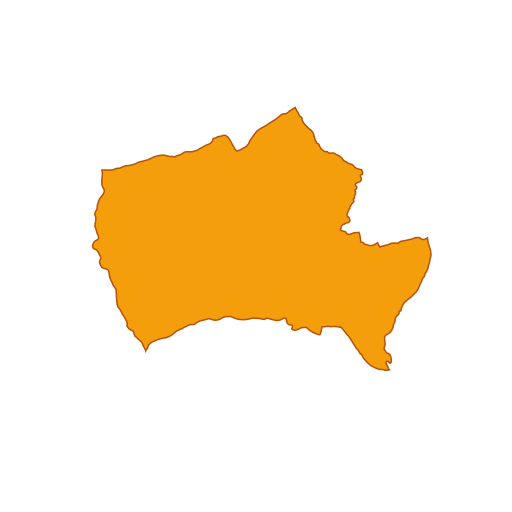 Tópaga, Boyacá, Colombia, rotated 217°
{"feature_id": "7082276B68599110832879", "entity_name": "Tópaga", "entity_type": "district", "adm_level": 2, "iso_a3": "COL", "parent_name": "Colombia", "parent_adm1": "Boyacá", "projection": "natural_earth1", "projection_center": [-72.847, 5.767], "detail": "fine", "context": "isolated", "style": "filled", "palette": "amber", "viewbox_px": 512, "rotation_deg": 217, "n_neighbors": 0, "source": "geoboundaries", "source_scale": "gbopen_adm2", "svg_char_len": 6139}
<svg xmlns="http://www.w3.org/2000/svg" viewBox="0 0 512 512"><g transform="rotate(217 256 256)"><path d="M113.7,240.6L113.4,241.0L112.3,240.8L111.6,240.6L109.9,239.6L108.9,239.2L103.2,237.9L98.8,237.6L97.0,237.8L92.7,238.6L89.0,239.8L87.7,240.8L85.4,242.2L83.9,242.6L81.7,244.4L81.9,244.8L81.1,245.3L82.4,245.9L88.0,249.0L88.2,249.6L88.1,250.7L87.4,251.3L86.3,251.3L84.6,250.9L84.3,251.0L84.1,251.4L84.1,252.3L84.5,253.2L84.9,253.9L86.8,255.9L89.3,257.7L89.7,257.9L91.6,257.9L93.1,257.2L93.8,257.2L95.0,257.8L97.5,258.7L98.3,259.7L99.5,262.9L100.5,263.9L101.3,265.0L102.3,265.9L104.1,268.1L104.5,269.0L104.7,269.5L104.6,271.1L104.4,271.9L103.0,274.9L102.9,275.7L102.9,278.3L103.7,281.8L104.9,284.2L105.5,286.8L106.1,288.1L106.7,288.8L107.4,290.9L107.4,293.3L107.3,294.2L107.0,294.9L107.5,296.7L108.4,297.7L108.4,298.1L108.2,298.8L107.7,299.1L107.4,299.1L107.3,299.4L108.7,302.5L109.4,306.0L109.4,308.4L108.5,313.1L107.7,315.3L106.9,320.5L106.5,323.8L106.5,326.7L108.0,332.5L108.5,335.2L109.3,337.7L109.5,338.9L109.3,340.8L109.7,342.3L110.5,344.1L110.4,346.3L110.7,347.7L111.8,350.9L112.7,352.6L113.1,353.9L114.2,356.6L115.3,358.5L115.9,360.3L116.9,362.2L120.1,365.7L124.9,369.0L127.1,370.7L130.0,373.7L131.5,370.4L133.5,369.2L134.4,369.0L135.4,369.2L137.2,368.7L137.8,368.3L139.9,366.3L141.7,363.4L146.7,357.5L149.0,355.1L149.3,354.6L150.3,351.8L150.7,351.3L153.4,349.6L155.4,347.8L157.4,344.4L161.1,339.8L162.5,337.6L166.9,339.7L168.3,336.2L169.7,334.3L170.7,333.3L172.1,332.5L175.6,331.2L176.8,330.8L178.0,331.1L178.8,331.1L180.4,330.2L181.2,330.6L182.0,331.7L185.5,335.0L187.2,336.3L188.1,336.8L189.0,335.8L191.0,334.3L192.0,333.1L192.9,331.5L194.6,329.3L195.1,328.9L195.4,328.8L195.6,328.9L196.5,328.5L197.1,328.4L198.4,329.0L199.1,329.2L200.3,328.9L202.1,327.8L203.0,327.8L204.1,327.4L205.5,330.5L205.7,331.3L205.6,332.8L205.4,333.5L204.8,334.3L204.1,336.1L202.2,338.7L202.0,339.5L202.0,340.1L202.8,341.2L204.8,342.7L206.2,342.8L207.2,342.6L207.9,343.3L208.4,344.1L209.6,348.4L209.7,350.2L210.5,351.6L210.6,352.3L210.8,355.4L210.6,357.9L210.8,358.6L211.2,359.1L212.4,359.8L212.5,360.2L212.3,361.4L213.3,363.2L214.4,366.3L215.0,367.2L216.3,367.8L216.6,368.2L216.6,368.6L216.2,369.8L216.5,371.0L217.4,371.9L219.5,372.6L219.9,373.0L219.9,374.4L219.5,374.8L218.5,376.8L217.6,378.2L217.5,379.1L217.7,380.0L218.6,381.3L220.5,382.5L221.2,383.2L221.0,383.8L220.3,384.9L220.6,386.2L220.9,386.8L222.4,387.5L223.2,388.4L223.6,388.5L226.0,387.3L228.4,386.5L230.3,386.3L231.6,386.5L233.2,386.9L235.2,386.6L238.7,385.4L240.4,385.6L242.7,385.0L243.5,385.0L246.4,385.9L248.6,386.0L249.9,386.0L253.0,385.3L254.9,385.2L255.8,385.0L256.4,384.7L258.9,382.5L259.9,382.2L262.1,382.1L264.1,380.7L265.0,380.6L268.3,380.8L271.6,382.0L272.7,382.9L273.2,383.0L274.4,383.1L275.2,382.7L275.9,382.7L276.1,382.8L276.5,383.5L276.9,383.7L277.8,383.7L284.4,388.7L288.1,389.7L288.8,389.6L290.4,389.6L295.4,390.3L297.6,390.8L300.8,392.1L301.6,392.8L302.2,393.8L302.9,394.1L304.6,394.0L305.9,394.3L308.5,395.7L311.0,396.6L314.1,398.2L316.5,391.9L316.9,389.8L317.4,388.4L317.9,387.5L319.6,386.2L320.3,385.1L321.1,383.3L321.5,381.0L322.5,377.2L324.9,371.0L326.6,366.0L329.2,360.3L330.4,356.8L330.5,352.8L330.4,345.0L329.5,341.1L329.6,337.8L332.6,330.9L334.5,328.4L336.0,328.4L339.4,329.7L344.9,332.2L349.6,334.0L352.6,334.0L353.7,333.5L354.8,332.6L355.9,330.8L358.2,328.4L359.1,326.3L360.8,324.1L360.8,323.7L360.0,321.4L360.1,318.6L360.8,317.2L362.1,315.3L365.1,308.8L366.7,304.7L368.0,303.2L369.1,301.6L370.6,300.1L373.9,297.7L375.8,295.7L377.0,292.1L378.2,290.1L379.9,287.9L380.2,287.4L380.3,286.6L381.1,286.0L383.7,284.6L384.1,284.0L385.4,283.2L390.2,281.2L391.4,280.3L394.1,277.7L396.5,274.6L397.3,273.4L400.1,267.9L406.1,260.4L407.7,257.0L409.5,254.7L412.2,251.5L414.3,249.8L415.1,248.4L415.7,247.8L417.3,244.7L417.9,243.9L419.0,243.1L420.7,241.3L421.6,239.4L422.4,238.5L424.2,236.8L430.9,231.9L428.6,229.8L427.0,227.5L425.1,224.2L422.3,220.5L421.2,219.5L417.3,217.6L416.1,216.5L415.6,215.3L415.3,213.8L415.3,207.4L414.9,205.4L414.2,203.8L413.4,201.4L411.2,197.7L411.0,196.7L411.0,195.4L410.6,193.9L409.8,192.1L407.5,190.7L406.7,190.0L405.7,188.5L403.2,183.7L402.4,182.6L400.2,181.4L399.4,180.6L395.9,178.1L394.5,177.5L393.3,176.6L392.3,174.9L392.4,173.7L393.4,171.5L393.8,169.7L393.5,168.2L392.9,166.3L392.0,165.0L390.8,164.3L389.7,164.2L387.1,165.0L383.5,163.9L381.7,162.6L379.8,162.0L378.8,161.2L378.4,160.5L378.3,159.5L377.8,158.1L377.3,157.0L376.5,156.2L374.4,155.0L372.5,154.3L371.4,154.3L370.0,154.5L367.5,155.7L366.3,155.8L365.4,155.7L364.4,155.2L359.9,150.9L352.3,146.6L350.5,146.2L347.3,144.7L340.3,136.4L337.7,133.7L335.4,132.2L331.8,131.2L327.2,128.9L325.0,128.2L320.5,126.2L317.8,124.2L317.5,123.5L317.4,122.9L316.8,122.4L315.4,121.9L313.5,121.4L311.9,121.5L309.5,122.0L308.7,121.8L307.9,121.5L304.9,119.3L296.5,118.5L294.7,118.0L293.8,117.7L292.7,116.8L291.7,116.2L288.7,115.0L286.9,113.8L287.3,115.1L287.2,117.3L288.1,119.5L288.2,120.5L288.0,122.0L287.6,123.8L286.8,125.7L285.6,127.6L284.5,129.7L284.1,130.1L282.9,131.8L279.9,135.6L279.2,135.9L277.0,139.2L276.0,141.5L275.3,143.7L274.4,147.8L272.8,151.2L271.3,153.4L271.0,154.1L270.9,154.9L268.0,160.5L267.1,161.8L265.4,163.0L264.2,164.4L263.4,166.2L263.1,167.7L261.4,170.9L259.5,173.0L256.0,177.5L255.2,178.0L252.4,178.9L250.6,179.7L249.3,180.7L248.4,181.6L247.4,182.9L246.4,184.5L245.6,186.7L244.5,188.4L242.9,190.1L240.4,192.0L239.6,192.6L235.2,193.6L231.4,195.1L227.6,197.6L224.6,200.4L221.3,204.4L215.8,208.1L213.5,209.1L211.1,210.4L210.6,211.3L210.5,212.2L209.9,212.9L209.1,213.4L204.5,215.1L201.9,216.3L200.4,217.1L198.4,219.1L197.6,220.5L196.9,222.4L196.0,223.7L195.0,224.1L193.6,223.7L191.4,221.6L190.3,221.0L188.4,221.0L186.4,222.1L185.5,222.4L184.8,222.1L184.3,221.5L183.8,219.6L183.2,219.2L182.4,219.2L181.3,219.6L179.9,220.4L178.3,222.6L176.7,225.9L175.1,227.4L172.6,229.4L170.6,229.0L169.5,228.9L164.8,229.2L159.2,230.7L158.1,231.2L157.6,231.7L157.7,232.4L158.4,234.5L160.7,239.3L158.7,240.7L157.9,241.6L155.2,243.9L154.7,243.9L149.9,247.7L146.3,249.6L146.4,250.0L144.2,250.1L132.2,247.2L119.9,242.5L118.2,242.4L113.7,240.6Z" fill="#f59e0b" stroke="#b45309" stroke-width="1.5"/></g></svg>